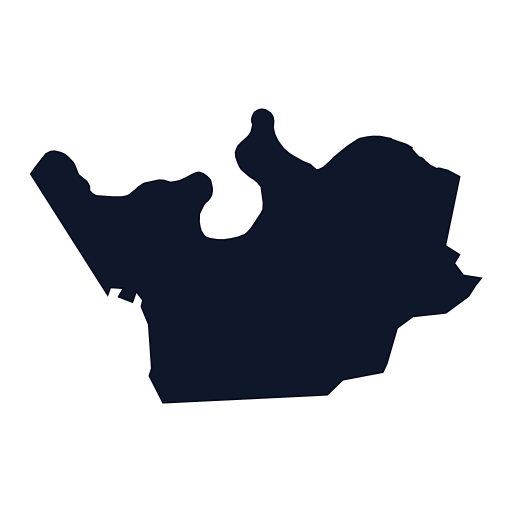 the district of Henderson, Kentucky, United States of America
{"feature_id": "52423323B87544132972679", "entity_name": "Henderson", "entity_type": "district", "adm_level": 2, "iso_a3": "USA", "parent_name": "United States of America", "parent_adm1": "Kentucky", "projection": "mercator", "projection_center": [-87.608, 37.807], "detail": "fine", "context": "isolated", "style": "filled", "palette": "ink", "viewbox_px": 512, "rotation_deg": 0, "n_neighbors": 0, "source": "geoboundaries", "source_scale": "gbopen_adm2", "svg_char_len": 2068}
<svg xmlns="http://www.w3.org/2000/svg" viewBox="0 0 512 512"><path d="M327.3,394.8L342.8,379.8L382.9,372.2L386.9,363.6L397.2,328.0L412.9,316.5L445.9,312.9L468.5,296.3L475.4,285.5L481.3,278.2L463.3,275.3L454.3,263.3L459.5,254.7L445.4,245.7L459.7,176.7L447.7,170.4L439.7,168.3L438.0,168.3L437.2,168.9L430.6,165.7L425.3,161.4L423.9,159.6L421.4,157.6L419.1,157.2L417.8,156.0L411.8,149.3L411.5,148.8L412.0,147.8L411.7,147.5L411.4,147.4L406.3,144.4L398.8,141.9L392.0,139.5L391.0,138.6L380.0,136.5L373.2,136.4L367.5,137.0L360.0,138.5L358.1,139.4L357.6,139.7L347.8,146.1L333.5,157.8L330.7,160.9L323.3,167.5L319.0,169.6L316.2,169.8L310.2,164.5L302.4,161.3L292.6,155.7L290.8,154.5L288.9,153.3L283.3,148.3L278.8,142.4L277.1,139.5L274.6,134.1L273.1,127.7L273.7,120.9L272.8,116.4L270.6,113.1L268.4,111.5L265.1,109.7L263.7,109.5L262.4,109.2L260.3,109.4L257.7,110.3L254.4,112.3L252.8,115.4L251.8,118.7L251.8,121.9L253.0,124.1L251.1,132.2L248.0,136.6L242.0,141.9L237.8,146.3L235.5,152.2L235.9,156.8L237.4,161.4L239.4,166.1L241.5,169.4L249.6,176.5L254.0,179.2L257.4,182.1L261.2,186.6L263.4,202.6L263.1,209.4L261.2,213.2L250.9,228.8L246.9,233.0L244.8,234.6L238.2,237.2L230.8,238.9L223.9,239.9L217.5,239.8L209.7,238.6L205.7,237.1L203.5,234.8L201.0,230.9L200.0,227.1L199.1,222.1L199.3,213.8L203.6,205.1L205.1,202.9L208.1,200.3L209.9,197.9L211.4,195.3L212.2,191.6L212.2,188.0L210.7,181.1L209.7,179.1L206.3,175.9L203.4,173.8L200.2,172.6L197.7,172.4L194.7,173.3L186.2,177.7L186.1,177.8L179.4,180.8L174.4,181.9L170.5,182.4L163.8,180.4L159.1,180.1L143.9,183.4L137.9,187.4L136.6,188.9L129.3,194.8L127.4,195.8L124.7,196.5L124.3,196.6L121.3,197.0L112.5,197.0L97.0,195.9L94.7,195.2L91.8,193.1L89.7,190.8L89.4,189.9L89.4,186.2L87.3,182.4L86.7,181.4L78.7,174.9L77.7,173.0L74.7,165.1L73.0,162.3L68.2,157.2L64.9,154.5L60.8,152.6L54.5,151.1L50.7,151.5L46.0,153.8L34.4,168.6L30.7,174.0L107.7,295.1L110.4,287.5L123.5,288.3L118.5,296.8L132.5,302.2L136.3,291.4L142.8,300.2L141.3,306.7L148.7,324.5L151.7,368.3L149.3,375.9L163.0,402.8L327.3,394.8Z" fill="#0f172a" stroke="#020617" stroke-width="1.5"/></svg>